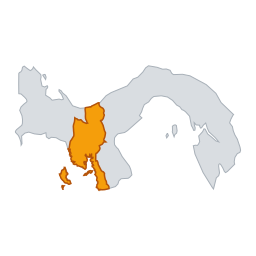 location of Veraguas within Panama
{"feature_id": "PAN-1341", "entity_name": "Veraguas", "entity_type": "Province", "adm_level": 1, "iso_a3": "PAN", "parent_name": "Panama", "parent_adm1": "", "projection": "equal_earth", "projection_center": [-81.249, 8.046], "detail": "fine", "context": "in_parent", "style": "filled", "palette": "amber", "viewbox_px": 256, "rotation_deg": 0, "n_neighbors": 0, "source": "natural_earth", "source_scale": "10m", "svg_char_len": 8223}
<svg xmlns="http://www.w3.org/2000/svg" viewBox="0 0 256 256"><path d="M233.6,114.6L232.9,115.3L230.8,119.4L229.6,122.9L232.4,126.6L233.2,130.6L234.8,134.8L237.3,139.1L240.0,147.1L240.6,150.3L239.9,152.4L237.3,153.6L234.9,157.4L234.2,161.9L234.7,164.2L227.5,171.4L225.6,172.6L224.4,171.5L222.8,167.9L221.0,164.9L220.0,163.9L219.4,163.8L218.8,164.5L218.6,166.1L219.5,172.9L218.7,175.7L216.3,177.8L213.5,189.0L212.4,187.6L203.1,172.6L195.0,154.1L193.3,145.7L195.4,145.2L197.4,145.4L198.5,144.1L199.7,141.6L198.7,136.0L202.6,131.7L204.0,128.8L205.1,129.1L207.7,134.0L211.4,136.9L216.0,141.0L218.8,141.9L215.2,137.6L209.0,131.9L207.3,128.2L205.7,123.0L203.3,125.2L202.1,127.1L200.9,128.2L199.8,126.9L199.6,125.2L196.0,124.9L195.0,123.4L194.1,122.5L194.5,125.8L195.2,127.8L194.9,130.2L193.7,130.4L192.7,127.9L191.4,125.6L189.6,116.2L185.5,111.7L183.6,110.3L182.0,109.7L179.7,106.7L176.7,105.1L172.6,100.4L167.5,97.0L161.3,95.8L153.8,96.5L151.3,98.4L149.5,100.8L148.7,101.9L144.3,104.6L142.6,108.5L141.6,111.8L139.4,115.6L141.9,117.9L127.4,130.7L124.6,132.5L118.0,133.8L116.5,135.2L114.6,137.7L114.3,141.6L114.6,144.8L116.5,147.4L118.2,149.0L122.2,156.6L129.4,166.2L130.8,169.7L131.9,174.9L129.7,177.3L128.1,178.3L121.2,178.7L118.9,180.8L117.9,184.0L115.4,186.6L106.6,189.2L99.6,189.4L97.5,186.5L97.0,178.1L92.3,163.9L91.2,154.1L90.0,155.3L87.6,156.4L86.7,158.9L86.1,166.1L85.2,168.6L83.3,168.3L79.4,165.7L74.2,163.4L67.6,148.0L66.8,145.1L65.6,141.7L60.4,140.2L56.1,137.7L51.3,137.3L48.9,138.7L46.4,136.9L45.9,132.7L40.9,134.6L34.5,133.9L28.8,132.1L24.9,133.1L21.6,136.0L22.0,143.7L21.1,145.2L20.9,142.1L19.8,138.5L18.4,135.5L15.5,132.4L15.4,131.3L16.5,129.7L21.8,125.3L22.4,123.4L22.5,119.5L22.0,115.8L19.7,110.3L21.0,107.0L23.7,104.3L26.5,102.1L27.0,101.2L26.5,99.4L24.8,97.4L21.1,94.0L18.8,93.7L18.7,83.9L18.8,73.5L19.4,72.5L20.8,71.9L21.9,70.3L22.5,67.2L24.2,66.1L27.2,68.5L30.2,70.6L31.5,69.9L32.5,68.9L33.1,67.9L33.4,66.9L35.8,69.7L40.8,74.6L41.1,77.0L40.6,79.3L42.0,86.0L44.6,87.0L47.2,85.7L47.8,86.9L47.3,88.1L46.0,89.5L45.6,95.2L49.9,97.9L52.1,100.2L59.1,99.1L61.8,99.8L63.5,99.1L61.6,94.5L58.9,91.1L59.1,89.6L61.1,90.7L62.7,93.0L66.2,95.9L72.6,105.8L80.0,108.3L85.8,107.9L91.2,106.6L99.9,102.7L106.1,95.7L111.1,92.6L127.3,85.9L133.1,79.0L135.5,78.1L137.8,77.2L142.9,72.0L145.6,67.9L148.5,65.8L157.1,67.3L162.6,69.2L166.4,69.0L170.1,70.3L171.7,73.3L173.4,74.6L182.5,74.3L189.9,75.8L206.2,84.6L215.9,93.3L221.1,102.6L233.6,114.6ZM70.3,183.6L68.2,183.9L63.9,181.6L60.7,177.3L60.5,175.9L60.5,174.5L62.3,170.1L64.6,168.5L65.5,168.6L67.7,173.7L66.2,175.6L66.8,178.8L70.0,181.1L70.3,183.6ZM174.8,134.6L174.1,136.8L172.3,131.9L172.5,130.6L172.4,126.2L174.1,125.0L175.4,124.9L176.4,125.5L177.1,130.8L176.6,133.1L174.8,134.6ZM46.1,77.1L45.6,79.5L42.7,75.1L44.4,74.4L45.1,74.5L46.1,77.1ZM168.4,135.6L166.7,137.9L166.0,135.7L167.2,133.5L167.6,133.5L168.4,135.6Z" fill="#d9dde1" stroke="#a8b0b8" stroke-width="1"/><path d="M85.4,107.7L86.9,107.4L88.6,107.2L90.3,106.8L90.6,107.0L90.9,106.9L91.3,106.6L91.6,106.1L94.6,104.7L97.6,103.1L98.2,102.8L99.0,102.8L99.0,103.3L99.0,104.5L99.2,105.0L99.4,105.5L99.8,106.2L100.1,106.5L100.8,107.1L101.5,107.5L102.1,107.8L102.6,108.1L102.9,108.3L103.7,109.5L103.9,110.1L104.1,110.9L104.0,111.7L103.7,112.3L103.6,112.9L103.8,113.9L103.9,114.3L104.2,114.6L104.2,114.9L104.3,115.2L103.7,116.9L103.3,118.4L102.2,120.1L101.0,120.3L100.5,120.9L101.4,121.9L102.1,123.3L103.1,125.4L104.5,130.7L105.5,132.8L105.3,134.4L104.8,137.0L103.8,139.4L103.9,140.3L105.8,141.9L104.9,142.0L104.5,141.9L104.0,141.9L103.6,142.1L102.8,143.5L102.1,144.3L100.7,145.0L99.3,145.7L99.9,148.0L99.9,148.8L99.5,149.8L99.2,150.4L98.1,151.7L97.2,152.9L96.3,153.2L96.1,153.5L95.8,154.0L95.7,159.9L95.9,161.0L96.8,160.7L97.2,160.9L97.3,161.2L97.6,161.7L97.9,162.5L98.1,164.0L98.3,164.7L101.3,170.6L102.5,171.6L103.3,171.8L103.5,172.0L104.5,173.3L104.4,174.8L104.7,177.0L105.3,179.5L106.3,181.3L106.5,182.5L106.6,183.3L106.5,183.9L106.5,184.1L107.1,184.3L107.4,184.6L108.2,185.4L108.6,186.0L108.9,186.8L109.0,188.6L104.8,189.6L101.7,189.8L100.9,189.5L100.6,189.5L100.4,189.8L100.2,189.9L99.8,189.5L99.5,189.5L99.0,190.2L98.6,189.8L98.0,188.5L97.8,188.2L97.5,188.0L97.1,187.8L96.8,187.7L96.4,187.5L96.4,187.2L96.5,186.8L96.8,186.7L96.9,186.4L96.9,185.3L96.9,184.9L97.1,184.5L97.5,184.1L97.7,183.8L97.8,183.1L97.9,182.2L97.7,181.3L96.7,180.5L96.7,179.5L97.1,177.9L97.0,177.2L95.6,175.2L95.4,175.1L95.1,174.7L94.9,174.4L95.4,174.0L95.5,173.5L95.5,173.0L95.7,172.6L95.7,172.0L95.4,171.2L94.9,170.6L94.5,170.2L94.5,169.9L94.8,169.9L94.8,169.5L92.9,167.0L92.5,166.7L92.2,166.6L92.1,166.0L92.3,165.5L92.6,165.2L93.0,165.1L93.4,165.2L93.3,164.8L92.8,164.3L92.3,164.0L92.0,163.8L91.9,163.6L92.7,162.0L92.2,162.1L91.9,162.0L91.5,161.9L91.3,161.6L91.5,161.6L91.6,161.3L90.7,161.1L90.3,160.3L90.4,159.6L90.6,159.2L90.9,159.1L91.1,158.8L91.3,158.6L91.7,158.5L92.2,158.5L92.6,158.4L92.8,158.1L92.9,157.4L92.6,157.4L91.8,158.1L91.5,156.7L91.6,153.5L90.8,155.5L90.2,156.2L89.7,155.2L89.6,155.8L89.7,156.2L89.9,156.5L90.3,156.7L90.3,157.1L88.5,157.1L88.2,156.9L87.7,156.5L87.2,156.3L86.2,156.0L86.0,155.1L85.9,154.4L85.2,154.2L85.6,154.4L85.7,154.6L85.8,154.9L85.3,155.1L85.3,155.6L86.0,156.3L86.7,156.8L86.8,156.9L86.8,157.3L86.6,157.7L86.6,158.0L87.3,159.8L86.9,161.2L86.1,162.3L85.2,163.1L85.1,162.7L85.0,162.4L85.1,162.2L85.2,161.6L84.7,161.6L84.2,161.6L84.2,162.0L84.6,162.2L84.8,162.5L85.2,163.4L84.7,163.7L84.2,163.4L84.4,164.1L84.7,164.5L84.9,164.5L85.5,164.1L86.0,163.8L86.2,164.4L86.0,166.7L86.1,167.3L86.1,167.6L86.0,168.1L85.9,168.4L85.4,168.9L85.2,169.2L84.9,169.2L84.6,168.9L83.4,168.0L83.1,167.9L82.9,167.3L82.4,167.0L81.5,167.0L78.3,165.8L77.3,166.0L77.1,165.4L76.9,164.8L76.5,164.4L76.2,164.2L75.3,164.5L74.2,164.4L73.3,163.9L73.3,163.1L73.6,163.0L74.3,162.4L74.8,161.9L73.3,161.3L72.8,161.5L72.8,162.4L71.9,161.5L71.4,161.3L71.4,161.0L71.7,160.5L71.5,160.1L71.1,159.6L70.9,159.0L71.0,158.2L71.2,157.6L71.7,156.7L71.7,156.3L71.5,156.1L71.2,156.0L70.9,156.1L70.7,156.3L70.4,156.3L70.1,156.0L70.1,155.6L70.5,155.2L70.5,154.8L70.2,154.6L69.6,154.6L69.7,153.8L69.8,152.9L70.0,152.4L70.7,152.8L70.6,152.3L70.4,152.0L69.9,151.3L70.0,150.9L70.0,150.2L70.1,149.6L69.7,149.8L69.4,149.7L69.4,149.8L69.4,150.4L69.5,151.2L69.6,151.6L69.2,151.7L68.9,151.2L68.8,150.8L68.7,150.2L68.0,149.0L68.8,148.7L69.0,148.3L69.2,147.7L69.3,147.0L70.2,141.8L70.4,141.3L70.6,140.9L71.5,139.7L73.5,136.4L73.7,136.2L73.8,135.8L73.9,134.2L73.8,132.7L73.6,131.1L73.5,129.1L73.3,126.5L73.4,125.8L73.5,124.9L74.4,122.0L74.7,119.9L74.8,117.8L75.8,118.5L77.0,118.9L77.4,119.1L77.6,119.3L77.8,119.8L79.6,120.0L80.6,119.7L81.0,119.8L82.8,121.7L83.4,122.2L85.0,122.8L85.8,123.2L86.2,123.4L86.6,123.4L87.6,123.1L87.0,122.3L86.7,121.5L86.6,121.0L86.4,120.5L86.1,120.1L85.8,119.4L85.5,118.4L85.4,116.4L85.5,113.3L85.1,109.4L85.3,108.1L85.3,107.9L85.4,107.7ZM68.0,180.2L68.4,180.5L69.6,180.4L69.9,180.8L70.9,183.5L70.2,183.8L69.4,184.2L68.6,184.2L67.2,183.1L65.6,183.0L64.8,182.7L64.4,182.3L63.5,180.9L62.7,180.3L61.1,178.5L60.2,176.0L59.9,175.6L59.8,175.4L59.5,174.0L60.5,174.0L60.9,173.8L60.8,173.6L61.3,172.4L61.5,171.8L61.5,171.3L61.6,170.9L61.8,170.4L62.1,170.2L62.8,170.0L63.9,168.9L64.3,168.6L64.3,168.8L64.6,168.8L64.5,168.4L64.4,167.8L64.3,167.4L64.6,167.4L64.6,167.7L64.8,167.7L64.9,167.4L65.0,167.4L66.0,170.7L66.0,171.3L66.4,172.1L66.4,172.6L66.4,172.8L66.5,172.8L66.8,172.7L67.0,172.8L67.3,173.1L67.5,173.2L67.7,173.5L67.7,174.3L67.5,174.6L66.3,175.2L66.2,175.6L66.0,177.1L65.9,177.3L66.1,178.0L66.8,178.8L67.0,179.3L67.0,179.9L67.2,180.3L67.5,180.5L67.7,180.2L68.0,180.2ZM87.9,171.7L88.4,171.3L89.1,171.0L90.3,170.6L90.8,170.8L91.3,170.9L92.4,170.9L91.9,172.1L91.6,172.5L91.2,172.8L90.8,173.0L90.5,173.1L90.1,172.9L89.9,172.7L89.7,172.5L89.4,172.4L89.1,172.4L88.7,172.5L88.5,172.8L88.3,173.1L88.1,173.4L87.1,174.2L86.5,175.0L86.3,175.2L86.0,175.2L85.6,175.1L85.3,175.0L85.2,174.9L84.2,175.4L83.9,175.4L84.3,174.7L84.7,174.2L85.1,173.8L85.5,173.5L86.9,173.2L87.3,172.8L87.6,172.2L87.9,171.7ZM62.4,185.9L62.8,185.7L63.1,185.8L63.5,185.9L64.0,185.9L63.5,186.5L63.0,187.8L62.7,188.5L62.9,188.7L63.0,189.1L62.7,189.1L62.1,186.8L62.2,186.3L62.0,186.0L62.0,185.9L62.2,185.6L62.3,185.6L62.5,185.7L62.4,185.9Z" fill="#f59e0b" stroke="#b45309" stroke-width="1.5"/></svg>